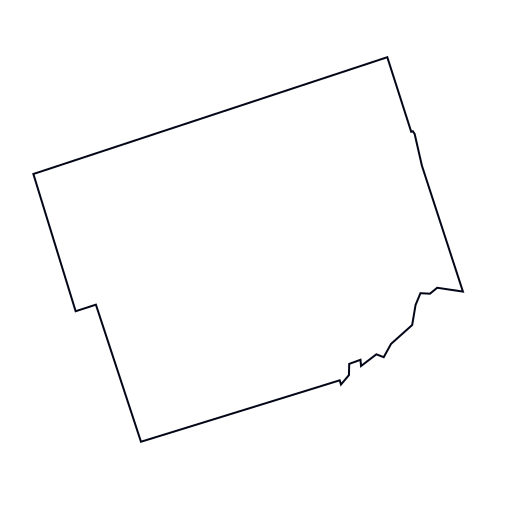 the district of Kaufman, Texas, United States of America, rotated 252°
{"feature_id": "52423323B57409714288179", "entity_name": "Kaufman", "entity_type": "district", "adm_level": 2, "iso_a3": "USA", "parent_name": "United States of America", "parent_adm1": "Texas", "projection": "orthographic", "projection_center": [-96.401, 32.598], "detail": "fine", "context": "isolated", "style": "outline", "palette": "ink", "viewbox_px": 512, "rotation_deg": 252, "n_neighbors": 0, "source": "geoboundaries", "source_scale": "gbopen_adm2", "svg_char_len": 473}
<svg xmlns="http://www.w3.org/2000/svg" viewBox="0 0 512 512"><g transform="rotate(252 256 256)"><path d="M114.9,89.2L114.7,102.8L111.9,297.2L107.5,297.1L114.0,307.6L124.6,311.3L125.0,323.3L118.9,321.9L125.3,340.1L120.3,346.2L130.7,357.3L142.1,383.2L160.1,392.6L169.8,400.9L166.4,409.8L169.8,418.5L158.2,441.8L290.8,441.7L323.0,444.6L326.2,443.7L326.2,442.0L404.5,442.3L402.8,69.6L259.2,67.4L259.2,88.7L114.9,89.2Z" fill="none" stroke="#020617" stroke-width="2"/></g></svg>